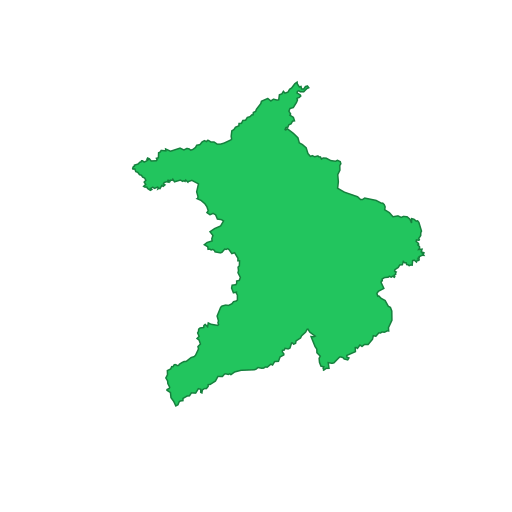 Timbío, Cauca, Colombia (Albers equal-area conic projection), rotated 305°
{"feature_id": "7082276B22377249652696", "entity_name": "Timbío", "entity_type": "district", "adm_level": 2, "iso_a3": "COL", "parent_name": "Colombia", "parent_adm1": "Cauca", "projection": "albers", "projection_center": [-76.71, 2.382], "detail": "fine", "context": "isolated", "style": "filled", "palette": "green", "viewbox_px": 512, "rotation_deg": 305, "n_neighbors": 0, "source": "geoboundaries", "source_scale": "gbopen_adm2", "svg_char_len": 6158}
<svg xmlns="http://www.w3.org/2000/svg" viewBox="0 0 512 512"><g transform="rotate(305 256 256)"><path d="M257.0,104.7L256.6,105.4L257.8,106.8L256.2,109.1L256.7,111.2L255.8,113.9L256.4,115.9L255.6,117.8L256.0,120.1L254.8,122.4L252.4,122.0L251.4,124.6L248.6,124.0L248.7,125.4L249.8,127.1L249.1,128.4L249.2,131.8L250.7,132.5L250.8,130.9L253.1,131.9L253.2,134.1L256.1,135.9L255.9,136.8L254.7,137.2L255.9,137.7L256.1,138.7L259.7,138.4L259.8,140.0L262.0,140.6L261.8,138.8L263.6,138.7L265.4,140.0L266.4,142.1L267.0,140.6L267.7,140.5L267.9,142.7L269.0,142.3L269.9,143.9L271.2,143.8L270.0,146.7L274.8,150.5L275.1,153.1L276.4,153.8L276.4,155.1L277.9,154.9L277.4,157.9L278.1,157.8L281.2,160.1L282.1,167.5L274.5,170.6L271.4,174.4L269.9,175.2L269.2,174.9L270.0,179.0L269.5,184.1L268.2,187.5L265.7,190.9L263.4,190.9L263.4,194.6L266.3,196.4L266.6,199.3L264.1,203.2L265.9,206.7L266.1,209.3L260.3,209.8L254.8,206.4L249.5,204.4L248.1,208.9L244.8,209.9L243.2,211.4L239.0,208.2L235.6,207.2L235.9,211.2L234.0,212.9L235.2,214.3L235.2,215.8L236.6,216.8L236.7,218.8L235.9,220.1L238.2,225.1L239.5,226.0L243.7,226.4L244.3,227.8L245.8,228.6L245.8,230.2L244.1,234.8L246.4,236.6L243.8,242.5L241.7,243.9L242.6,245.3L238.4,248.0L236.6,247.7L233.9,250.1L232.0,250.8L229.5,255.5L226.4,256.3L224.4,254.5L222.7,255.8L221.0,256.0L218.4,253.2L215.7,254.4L212.9,258.6L215.2,260.7L214.2,261.3L213.4,263.1L209.3,266.0L207.9,265.7L205.7,263.8L203.2,263.7L199.8,261.9L198.3,259.2L195.4,256.8L193.7,256.5L184.5,258.6L181.3,262.5L179.5,263.1L178.4,264.6L177.2,264.5L174.2,258.1L173.8,255.3L170.3,256.9L170.8,253.6L169.2,253.2L167.4,254.2L165.0,251.5L163.2,251.0L161.3,252.1L159.5,252.3L157.5,255.5L154.6,255.0L154.5,257.6L152.0,261.0L148.5,260.4L146.9,262.2L140.1,263.4L138.2,263.1L135.6,261.1L129.6,259.3L128.3,257.6L126.3,256.5L123.4,255.3L122.0,255.4L121.0,254.3L121.0,252.6L120.1,251.4L117.7,251.5L117.0,250.4L114.5,250.9L111.3,249.1L108.0,251.6L104.4,252.1L103.0,255.2L100.9,257.0L99.0,260.6L97.8,260.9L95.6,259.7L94.9,260.1L95.1,264.2L91.2,267.6L89.7,272.0L87.2,276.3L89.4,277.4L92.3,276.7L93.8,277.1L95.6,279.1L97.5,277.9L101.8,279.9L103.3,281.7L106.8,281.6L109.1,285.2L114.3,284.9L115.1,287.2L112.6,288.9L112.8,290.2L115.5,288.9L117.7,289.7L118.9,291.4L121.7,291.6L123.2,290.6L124.5,292.1L130.3,294.5L135.5,293.9L138.0,297.6L141.0,297.9L142.1,298.7L143.1,301.3L144.5,302.0L144.4,303.5L148.7,305.0L153.8,309.3L161.8,319.8L163.2,320.9L165.8,321.6L167.3,325.0L168.6,326.6L170.5,327.3L171.4,329.0L175.9,330.2L176.2,332.1L180.2,331.8L182.6,334.8L187.1,333.6L190.9,335.5L191.8,334.9L192.5,332.6L193.9,331.8L195.2,333.1L197.0,332.7L198.3,335.6L200.1,336.6L205.2,335.0L205.7,335.7L205.3,337.4L207.2,338.5L209.4,337.5L214.4,339.5L216.7,339.1L222.1,340.3L225.3,339.9L225.9,340.5L224.5,343.7L224.3,350.4L223.0,349.7L221.6,347.3L215.7,356.3L214.6,359.2L211.7,361.4L210.8,366.1L208.4,366.4L205.3,369.0L203.0,372.4L204.1,375.1L202.6,375.3L201.8,376.7L200.7,376.7L204.3,378.0L205.9,380.2L210.1,376.3L211.6,379.7L213.1,381.1L221.1,382.4L222.0,383.4L222.7,385.9L222.2,387.2L223.5,390.7L225.8,390.6L225.3,388.4L226.6,387.4L234.7,392.3L237.9,389.8L238.5,390.5L238.5,392.1L242.7,392.2L242.7,394.7L245.7,395.6L247.8,398.6L254.6,399.2L258.0,397.8L259.0,400.2L263.5,400.7L264.4,402.2L266.0,402.8L267.3,405.0L270.0,406.5L270.7,407.7L273.3,405.6L281.3,404.2L288.8,398.8L291.0,395.6L290.7,393.2L293.6,387.3L293.1,382.8L293.7,379.5L292.9,378.9L294.6,376.5L297.3,376.5L302.8,379.3L306.1,373.6L307.3,373.1L308.1,373.7L309.5,372.5L312.1,373.7L314.5,376.5L315.9,376.8L316.2,378.9L317.8,379.5L317.9,381.5L318.7,381.5L319.5,380.2L321.3,380.9L322.2,379.9L323.3,380.0L323.1,378.2L324.5,377.6L328.2,379.1L331.1,378.9L332.8,380.9L336.0,379.8L335.7,381.6L336.6,382.9L335.4,384.3L336.1,385.8L335.9,387.0L337.3,387.8L338.1,389.2L342.1,386.9L343.4,388.1L343.1,390.9L345.2,390.6L345.6,391.8L346.3,391.9L347.0,391.4L347.1,390.0L348.3,390.7L349.0,390.0L351.9,391.7L352.8,393.1L353.6,390.9L354.3,391.9L355.0,391.7L354.2,388.9L356.8,388.1L354.6,385.5L356.3,385.5L357.5,384.5L357.9,382.2L359.0,382.5L359.5,381.7L359.8,378.8L361.2,378.2L362.3,380.4L363.0,380.5L363.7,379.2L367.2,379.2L369.6,377.6L371.3,377.3L376.9,370.2L377.5,368.2L376.5,367.3L376.7,364.3L375.9,362.1L372.2,364.5L374.4,361.1L374.8,357.3L373.0,354.1L370.9,352.8L370.3,349.3L366.7,345.7L368.0,340.4L367.7,334.9L370.3,333.6L371.6,331.6L372.0,329.5L371.2,328.5L370.4,322.4L365.8,311.8L363.5,311.0L362.2,309.3L362.8,305.3L359.0,291.9L358.3,284.0L364.0,280.9L369.5,276.3L374.4,275.5L378.2,272.7L380.2,272.6L381.6,270.9L381.1,267.8L379.2,266.8L377.0,262.4L376.4,257.4L374.8,254.8L373.0,254.0L374.1,252.0L373.3,250.7L373.5,249.3L370.9,247.1L370.5,244.6L368.8,243.5L369.7,239.8L373.4,235.0L373.9,230.1L373.5,226.6L376.9,222.5L377.9,216.3L378.2,208.7L376.3,208.1L376.2,207.3L378.4,206.8L379.8,208.2L382.3,207.6L384.4,208.9L387.4,208.6L388.8,210.0L391.0,207.1L390.8,203.0L392.2,202.9L393.5,199.9L396.3,199.2L399.0,201.4L404.9,201.1L407.6,200.5L408.4,199.3L409.2,199.3L410.4,200.4L412.7,200.9L413.3,200.0L413.1,196.1L414.5,195.5L415.9,196.2L415.9,198.0L417.9,200.9L422.2,201.6L424.1,202.7L424.8,200.6L423.2,199.3L420.1,199.3L419.0,197.5L420.7,195.6L419.3,194.6L420.7,191.1L422.0,189.9L419.4,189.0L414.1,188.8L411.9,187.9L408.6,188.2L406.0,186.3L406.6,184.0L403.7,184.2L401.5,182.7L397.0,185.0L395.8,183.9L394.5,180.4L391.5,179.2L391.8,175.3L385.9,171.7L383.6,172.5L376.4,172.2L374.2,172.8L372.1,171.5L369.9,172.6L369.2,171.6L366.7,171.2L364.5,169.4L361.2,169.6L359.5,167.5L356.3,168.0L354.8,166.1L352.8,167.3L349.7,165.3L346.9,165.4L344.7,164.4L339.8,167.0L337.8,169.0L336.6,168.8L330.2,165.1L327.3,162.8L325.4,160.2L325.3,156.3L323.5,153.7L323.4,150.8L323.0,150.0L321.3,149.8L320.9,147.6L318.5,146.4L315.1,146.2L312.7,143.9L310.3,144.2L307.1,143.2L305.2,141.8L305.4,139.9L304.5,137.7L301.5,136.1L300.8,131.9L292.8,125.9L291.8,120.6L290.4,121.8L288.1,117.8L285.9,117.8L284.7,117.0L280.5,119.7L278.9,118.4L278.2,119.8L276.8,119.7L273.7,115.6L274.5,112.8L274.1,111.0L272.7,111.2L273.0,112.4L271.5,112.0L268.8,110.6L268.9,108.4L268.4,107.6L267.0,107.8L266.3,107.1L263.6,106.6L260.7,104.3L259.7,104.9L258.8,104.3L257.0,104.7Z" fill="#22c55e" stroke="#15803d" stroke-width="1.5"/></g></svg>